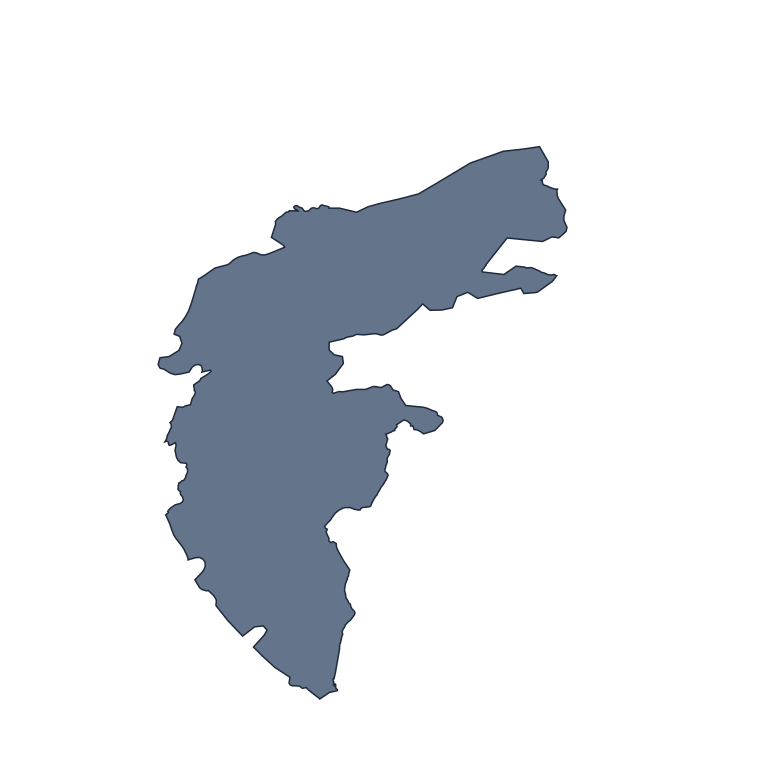 the district of Lower Manya, Eastern, Ghana, rotated 49°
{"feature_id": "2480657B54302337253194", "entity_name": "Lower Manya", "entity_type": "district", "adm_level": 2, "iso_a3": "GHA", "parent_name": "Ghana", "parent_adm1": "Eastern", "projection": "equal_earth", "projection_center": [0.033, 6.213], "detail": "fine", "context": "isolated", "style": "filled", "palette": "slate", "viewbox_px": 768, "rotation_deg": 49, "n_neighbors": 0, "source": "geoboundaries", "source_scale": "gbopen_adm2", "svg_char_len": 6170}
<svg xmlns="http://www.w3.org/2000/svg" viewBox="0 0 768 768"><g transform="rotate(49 384 384)"><path d="M502.0,531.8L491.2,530.5L480.6,528.3L476.8,527.2L474.6,525.9L473.1,524.7L469.5,525.9L469.0,528.1L466.3,528.6L464.4,526.9L463.5,526.5L461.4,526.0L457.6,524.7L456.8,522.5L456.2,522.1L454.4,522.8L452.4,522.2L452.4,521.1L451.8,517.9L451.6,513.8L450.8,511.4L449.5,505.6L449.7,500.8L450.8,496.3L451.9,494.3L454.9,490.8L457.5,489.3L459.0,488.7L459.9,487.8L462.0,486.4L463.0,485.3L463.4,484.7L462.8,483.3L463.1,481.3L466.6,476.4L467.3,474.7L467.3,473.8L466.2,471.8L465.7,471.4L465.8,471.1L464.0,466.2L463.4,464.3L463.1,461.9L462.2,460.1L460.9,456.2L460.1,454.3L459.0,449.0L458.7,449.0L457.7,445.2L455.7,440.9L454.1,440.2L451.9,440.4L450.8,440.7L449.3,439.6L447.9,437.3L446.8,436.2L446.5,435.1L444.8,432.5L442.2,430.4L441.1,427.9L440.7,426.2L438.3,423.0L436.7,423.0L435.3,424.2L431.7,423.0L427.7,417.0L426.0,417.0L424.9,416.0L422.9,415.6L424.1,413.1L424.3,411.7L424.9,410.8L425.3,407.8L425.9,407.3L426.1,406.6L425.9,405.9L425.0,405.2L425.0,402.7L424.7,402.1L423.0,401.4L424.1,392.9L425.7,391.5L427.6,390.7L431.4,390.1L433.2,391.4L434.9,389.8L438.2,391.2L440.0,389.3L443.8,387.7L447.6,386.8L452.4,376.2L451.5,365.1L450.2,363.3L448.4,362.4L446.8,362.2L442.8,364.1L441.1,363.0L439.1,362.9L434.5,365.5L431.0,367.1L427.5,369.4L414.5,381.7L405.9,380.6L399.3,378.1L394.4,381.1L389.3,380.3L387.4,381.0L386.3,382.2L384.9,388.4L379.7,392.7L378.6,394.3L375.9,401.6L370.0,408.3L362.7,420.5L360.2,422.8L357.9,428.1L356.6,428.7L354.3,426.1L351.4,425.3L344.3,425.0L344.8,414.3L341.8,401.1L336.0,397.4L329.3,402.4L322.3,403.1L316.5,397.9L323.5,384.7L324.1,381.8L327.4,376.1L328.5,372.2L333.7,367.0L339.0,359.3L340.8,357.0L345.1,354.2L346.4,352.5L347.2,349.5L348.7,342.6L350.6,338.4L349.7,309.6L348.9,302.3L358.5,300.9L366.1,291.9L371.4,282.2L365.9,271.6L369.8,260.6L380.8,257.2L390.0,239.4L401.5,217.9L407.5,219.1L414.3,209.8L415.4,207.6L417.0,189.5L415.6,182.7L415.1,183.2L413.4,183.5L412.5,184.4L411.6,186.1L410.2,187.6L408.6,188.7L404.9,190.4L402.8,192.0L400.9,192.5L394.4,195.5L392.7,196.6L389.8,200.3L389.1,201.0L388.3,200.9L381.7,207.0L380.0,221.7L364.1,236.1L362.4,235.6L362.2,232.3L361.5,231.1L361.4,229.1L360.9,228.8L360.8,228.4L354.9,197.2L354.7,195.2L380.3,171.0L380.7,170.1L383.0,161.2L383.3,160.6L388.4,156.2L388.3,146.4L385.8,143.1L378.5,140.9L375.3,138.0L372.0,132.8L358.3,130.7L355.5,129.6L351.6,126.8L350.7,125.2L348.9,127.3L343.3,130.4L341.9,130.8L338.4,133.0L337.1,132.9L334.1,131.1L333.0,131.9L332.9,131.0L333.1,130.5L333.5,128.6L332.3,124.5L331.8,123.7L330.5,122.9L330.1,122.2L329.1,119.0L328.0,117.7L324.1,114.3L306.9,110.9L297.7,125.3L286.6,141.3L273.9,173.8L266.6,214.9L263.2,233.2L254.4,251.0L245.6,267.5L239.8,279.6L236.4,292.0L222.0,302.3L215.2,310.2L214.4,309.4L213.5,309.7L210.2,312.1L208.5,313.0L207.8,314.0L207.7,315.3L208.2,316.6L208.4,317.9L208.0,319.0L207.3,320.0L205.8,320.7L204.5,321.9L203.9,322.9L203.6,324.2L203.9,326.3L203.7,327.6L202.6,329.4L201.4,330.7L197.4,330.4L195.0,331.9L192.7,332.4L191.9,333.1L191.2,334.3L191.1,335.7L191.7,336.3L192.6,336.5L194.1,336.3L195.4,335.4L197.0,335.4L191.1,341.8L191.4,343.4L190.4,344.7L190.0,345.6L190.2,350.6L189.5,354.7L189.5,356.5L190.1,359.4L192.4,361.1L199.5,372.8L213.0,368.9L215.6,369.2L210.8,383.6L208.6,388.9L206.7,391.2L205.8,392.0L204.1,393.0L201.9,393.8L199.5,395.7L198.7,397.0L197.9,399.6L196.1,403.9L194.4,406.9L192.5,411.3L191.6,416.0L191.7,422.1L191.3,423.9L185.6,435.4L184.2,448.9L183.1,455.3L185.6,458.6L187.1,461.7L188.3,463.1L196.1,475.4L200.7,483.6L202.8,489.4L204.3,495.1L204.8,499.8L205.8,505.5L208.6,509.7L214.0,507.0L220.8,509.8L224.1,516.8L222.2,528.4L217.2,535.8L221.0,541.6L224.6,542.6L226.0,542.2L227.1,541.2L229.0,540.2L235.7,538.2L239.8,535.6L242.7,531.4L247.1,523.3L245.4,517.5L245.8,513.9L247.5,511.3L250.1,509.9L252.2,510.6L254.8,512.4L255.6,513.7L256.5,511.7L259.6,506.1L260.9,506.2L261.1,508.7L260.7,512.6L259.6,518.8L260.6,520.5L259.9,528.2L261.4,529.4L263.4,530.4L264.2,531.4L266.4,531.6L267.9,533.9L269.2,538.5L272.7,543.7L270.4,547.7L269.6,551.0L265.5,555.0L272.6,567.4L272.7,570.9L274.4,570.9L276.9,572.7L277.4,573.3L277.8,574.7L279.3,577.7L280.9,581.8L282.4,583.2L283.9,587.3L284.4,585.9L285.4,584.9L286.3,584.9L288.2,586.1L289.1,586.3L289.9,585.8L290.5,584.1L291.5,579.8L293.8,581.1L296.9,585.2L303.1,588.7L306.3,589.5L310.0,589.1L314.0,585.3L315.2,585.5L315.9,586.0L316.6,587.7L317.0,588.0L319.0,588.0L319.8,588.5L321.5,590.0L322.2,591.2L323.2,593.7L324.3,594.8L324.7,596.0L325.2,598.1L325.2,598.8L324.5,599.8L324.4,600.3L324.7,602.4L324.1,603.4L325.6,606.0L327.3,607.4L328.1,608.5L330.3,608.7L331.7,608.2L333.1,609.7L334.7,610.1L336.8,610.1L339.8,611.5L340.2,612.0L340.7,613.6L340.6,615.0L340.2,616.8L338.2,620.8L337.6,626.2L337.7,628.3L338.2,630.8L339.4,630.9L339.7,631.4L339.5,634.6L349.0,637.4L354.2,639.6L360.3,641.8L363.3,642.3L374.1,642.9L377.5,643.4L384.8,645.4L387.4,646.6L388.2,647.3L391.5,640.1L394.0,636.9L397.8,635.5L401.3,636.1L404.3,638.5L406.1,642.1L406.9,645.9L407.7,655.2L416.6,656.8L417.4,656.7L419.6,656.3L423.5,653.8L424.8,652.1L431.1,651.4L433.3,651.5L436.6,652.1L438.6,653.7L440.4,655.7L441.1,656.2L460.2,657.1L481.5,656.1L482.4,641.0L487.4,633.8L493.0,633.8L494.9,639.0L496.9,655.1L509.8,654.2L526.4,652.3L543.6,647.4L547.3,651.8L548.7,652.2L550.1,652.0L551.6,651.2L556.0,646.4L557.0,645.9L560.0,645.3L562.4,641.7L565.0,641.8L575.2,639.9L578.1,639.1L579.6,639.2L581.0,627.5L584.9,620.3L583.9,619.7L582.6,619.9L581.4,619.6L579.1,617.6L578.5,617.7L578.9,618.5L579.4,619.0L579.4,619.3L577.9,618.7L577.9,619.2L577.8,619.4L577.0,618.3L576.3,618.1L575.9,617.3L574.8,617.2L573.2,616.2L573.2,615.7L573.7,615.2L570.4,610.6L554.6,591.1L553.8,590.7L553.3,589.8L551.5,588.4L550.8,586.5L550.1,586.1L549.8,585.2L546.7,581.2L546.0,579.6L545.4,579.1L543.4,578.2L543.3,577.6L542.2,575.8L541.8,573.8L540.6,571.3L540.0,567.3L540.2,565.3L540.1,563.5L538.7,557.5L537.6,556.0L535.8,555.4L533.0,555.7L531.5,555.4L529.8,554.9L528.1,553.8L525.8,554.3L524.0,553.4L520.7,553.1L517.3,550.9L514.2,549.4L512.7,548.0L509.3,543.9L508.9,542.7L507.9,541.2L507.5,540.0L506.3,538.9L505.5,536.6L504.1,535.2L502.0,531.8Z" fill="#64748b" stroke="#1e293b" stroke-width="1.5"/></g></svg>